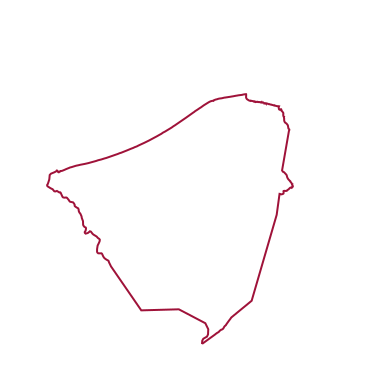 Santa María Colotepec, Oaxaca, Mexico, rotated 132°
{"feature_id": "50627088B92566493153794", "entity_name": "Santa María Colotepec", "entity_type": "district", "adm_level": 2, "iso_a3": "MEX", "parent_name": "Mexico", "parent_adm1": "Oaxaca", "projection": "albers", "projection_center": [-96.986, 15.853], "detail": "fine", "context": "isolated", "style": "outline", "palette": "rose", "viewbox_px": 384, "rotation_deg": 132, "n_neighbors": 0, "source": "geoboundaries", "source_scale": "gbopen_adm2", "svg_char_len": 5556}
<svg xmlns="http://www.w3.org/2000/svg" viewBox="0 0 384 384"><g transform="rotate(132 192 192)"><path d="M313.9,150.5L288.0,123.3L280.6,94.3L283.1,88.1L287.1,84.8L289.4,84.1L293.5,85.4L295.6,84.9L297.6,83.4L297.3,82.7L282.4,79.5L281.3,79.4L281.1,79.3L280.6,79.1L280.0,79.1L279.4,78.9L278.4,78.5L277.6,78.5L276.5,78.5L275.5,78.3L274.9,78.2L274.7,78.0L274.1,77.7L272.9,77.4L272.2,77.5L271.5,77.6L270.9,77.8L270.3,77.9L269.6,77.9L268.9,77.8L268.3,77.7L267.7,77.9L266.7,78.0L265.1,78.2L264.0,78.3L263.2,78.4L262.0,78.5L260.7,78.6L259.3,78.8L258.7,78.8L232.9,74.9L152.3,113.8L134.8,125.7L134.4,125.0L134.3,124.6L134.2,124.3L133.7,123.8L133.2,123.5L132.9,123.3L132.5,123.1L132.0,123.0L131.5,123.2L131.1,123.6L130.6,124.0L130.3,124.5L130.1,124.6L129.8,124.5L129.5,124.3L129.2,124.0L128.8,123.4L128.2,122.7L127.8,122.5L127.4,122.3L127.1,122.4L126.6,122.4L126.2,122.2L125.1,122.0L124.8,122.0L124.4,122.0L123.2,121.9L122.9,121.7L122.0,121.3L122.1,120.7L121.5,120.6L121.1,120.6L120.2,120.9L120.0,121.3L119.9,121.7L119.6,122.5L119.0,122.7L119.1,123.2L119.0,123.5L118.8,124.0L118.6,125.1L118.5,125.5L118.5,126.0L118.2,126.3L118.3,126.9L118.2,127.3L118.1,128.8L117.9,129.6L117.5,130.8L117.2,131.3L116.9,131.8L116.4,132.5L116.0,133.4L115.7,136.8L116.1,138.0L115.7,139.5L81.8,160.8L80.7,161.2L80.4,161.6L80.3,162.8L78.3,165.4L77.9,167.5L78.1,169.5L78.0,169.8L77.4,171.1L76.1,172.4L75.7,172.7L75.4,173.2L75.1,173.6L74.9,173.7L74.5,173.9L74.6,174.2L74.6,174.4L74.5,174.6L74.3,174.9L74.3,175.1L73.7,175.7L73.4,176.0L73.1,176.3L72.9,176.3L72.7,176.5L72.1,177.2L72.0,177.6L71.8,178.7L71.7,179.0L71.8,179.6L71.7,179.8L71.4,180.1L71.3,180.3L70.9,180.9L70.9,181.1L70.9,181.3L71.1,181.4L71.4,181.5L71.6,181.6L72.0,181.6L72.1,181.9L72.2,182.0L72.3,182.1L72.3,182.3L72.3,182.5L72.1,182.7L72.1,183.0L71.0,184.4L70.1,184.7L70.3,185.0L70.5,185.1L70.5,185.3L71.1,186.0L71.4,186.5L71.7,186.8L71.8,187.0L71.9,187.5L72.1,187.9L72.3,188.1L72.4,188.3L72.4,188.5L72.6,188.5L72.8,188.9L72.8,189.1L73.0,189.3L73.1,189.6L73.2,190.0L73.3,190.1L73.7,190.7L73.8,190.9L73.8,191.2L73.9,191.3L74.0,191.5L74.3,191.9L74.4,192.1L74.5,192.2L74.6,192.5L74.7,192.8L74.8,192.9L74.9,193.3L75.1,193.4L75.3,193.6L75.6,194.4L75.7,194.6L75.7,194.8L75.8,195.1L76.0,195.3L76.3,195.8L76.3,196.0L76.6,196.3L76.7,196.5L76.8,196.5L76.9,196.4L76.9,196.5L77.0,196.6L76.8,196.6L76.9,196.9L77.3,197.1L77.4,197.5L77.7,197.8L77.8,198.5L77.8,198.8L77.9,199.2L78.4,199.4L78.4,199.6L78.5,199.8L78.6,200.0L78.8,200.1L78.7,200.3L78.8,200.3L78.9,200.5L79.1,200.7L79.3,200.9L79.3,201.0L79.6,201.1L79.6,201.3L79.7,201.5L79.8,201.6L79.9,201.8L80.0,201.9L80.1,202.2L80.2,202.3L80.3,202.4L80.5,202.5L80.6,202.8L80.7,203.0L80.9,203.2L81.0,203.2L81.1,203.3L81.1,203.6L81.2,203.8L81.3,204.0L81.6,204.1L81.9,204.3L82.5,204.9L82.5,205.0L82.4,205.3L82.5,205.4L82.8,205.4L82.8,205.6L82.8,205.9L82.9,206.2L83.0,206.2L83.0,206.4L83.4,206.5L83.4,207.1L83.7,207.4L84.1,208.2L84.3,208.5L84.5,208.7L84.5,208.9L84.8,209.4L84.9,209.6L85.3,209.6L85.9,211.1L86.0,211.7L86.0,211.9L86.2,213.0L86.2,213.4L86.1,213.9L85.7,214.9L85.0,215.6L84.5,215.9L84.0,216.4L83.1,217.2L83.1,217.3L83.6,217.6L83.8,218.0L84.3,218.3L84.8,218.7L85.3,219.2L85.9,219.5L86.9,220.3L89.2,222.3L89.9,222.8L91.0,223.7L91.4,224.0L91.9,224.4L93.0,225.2L94.5,226.4L95.9,227.5L97.2,228.6L97.7,228.9L98.0,229.3L98.5,229.6L99.0,230.1L99.6,230.5L100.2,231.1L102.3,232.5L104.4,234.3L105.3,234.9L106.4,235.5L107.2,236.1L109.0,237.1L109.4,237.1L109.8,237.0L110.0,237.1L110.0,237.3L110.4,237.7L111.1,238.2L112.2,238.9L114.0,239.6L116.4,240.3L119.9,241.3L121.3,241.6L123.2,242.0L124.5,242.4L126.6,242.9L127.4,243.1L129.9,243.8L130.9,243.9L132.0,244.2L141.0,246.2L144.3,247.0L149.7,248.3L152.2,248.9L154.3,249.4L155.5,249.8L157.1,250.1L158.9,250.6L163.2,251.9L165.2,252.5L167.3,253.3L169.2,253.7L170.9,254.3L174.2,255.4L177.2,256.5L178.9,257.1L182.5,258.4L187.5,260.4L191.9,262.3L193.6,263.0L195.0,263.5L197.1,264.6L198.6,265.2L200.7,266.3L204.1,267.9L210.2,270.9L211.5,271.7L213.6,272.7L215.0,273.5L220.1,276.3L222.1,277.4L224.1,278.5L225.8,279.6L228.4,281.1L231.2,283.0L233.2,284.1L238.2,287.3L239.8,288.3L242.9,290.5L246.6,293.3L248.1,294.3L249.7,295.5L250.8,296.2L254.2,298.2L255.3,299.0L256.0,299.3L259.5,301.0L260.7,301.5L263.0,302.6L264.0,303.3L264.3,303.7L264.5,303.9L265.5,303.8L265.8,304.0L266.1,304.2L266.5,304.2L266.7,304.6L266.7,305.1L266.4,305.7L266.5,306.0L266.3,306.1L266.3,306.3L266.5,306.5L266.4,306.6L266.6,306.9L266.9,306.8L267.1,306.7L267.5,306.8L268.2,307.0L269.7,307.6L272.8,309.1L274.6,309.1L278.1,306.5L281.4,305.0L283.0,304.4L283.6,304.4L283.9,304.2L284.3,303.7L284.4,303.0L284.0,300.5L283.6,298.7L283.2,297.5L283.6,294.9L283.2,294.1L282.7,293.7L281.6,293.1L281.1,290.2L280.5,289.9L280.4,289.2L281.2,287.4L282.2,285.1L282.3,284.4L281.9,283.5L281.3,282.7L280.3,281.9L280.0,281.1L280.2,279.6L280.4,278.3L280.8,276.9L280.8,276.0L279.3,273.5L279.5,271.9L280.1,270.5L280.6,270.2L280.9,269.7L280.9,268.9L280.7,267.3L280.3,265.6L281.1,264.2L281.8,263.6L282.6,262.0L282.8,260.5L284.0,257.8L285.0,256.6L286.6,253.5L289.1,251.1L289.6,250.3L289.9,248.6L289.5,247.1L290.2,246.2L291.9,245.2L293.6,244.9L294.1,244.2L294.1,243.2L293.0,242.5L292.2,242.0L290.6,241.7L289.5,241.6L289.1,240.6L289.6,238.0L289.6,236.8L289.0,233.6L288.9,232.9L289.1,231.7L289.1,230.8L288.9,229.5L289.2,228.5L290.6,227.6L292.8,226.9L294.6,226.4L295.1,226.2L298.0,224.3L299.9,222.6L300.3,221.9L300.3,220.7L299.7,219.9L298.1,218.2L298.2,217.3L299.3,214.8L299.7,213.2L299.7,212.0L299.5,210.3L299.0,208.2L299.1,207.8L299.8,206.6L301.5,202.4L313.9,150.5Z" fill="none" stroke="#9f1239" stroke-width="2"/></g></svg>